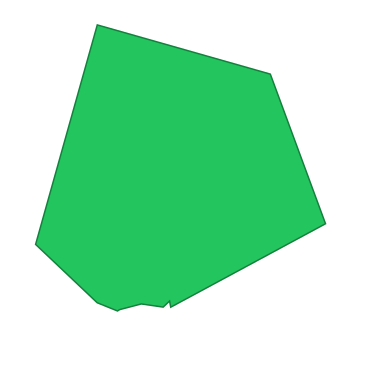 the district of Kendall, Texas, United States of America, rotated 16°
{"feature_id": "52423323B46155834246828", "entity_name": "Kendall", "entity_type": "district", "adm_level": 2, "iso_a3": "USA", "parent_name": "United States of America", "parent_adm1": "Texas", "projection": "robinson", "projection_center": [-98.722, 29.928], "detail": "fine", "context": "isolated", "style": "filled", "palette": "green", "viewbox_px": 384, "rotation_deg": 16, "n_neighbors": 0, "source": "geoboundaries", "source_scale": "gbopen_adm2", "svg_char_len": 309}
<svg xmlns="http://www.w3.org/2000/svg" viewBox="0 0 384 384"><g transform="rotate(16 192 192)"><path d="M56.1,285.5L131.4,324.6L153.2,326.9L154.9,325.0L174.1,313.6L196.0,310.6L200.5,303.0L203.3,308.6L329.1,185.7L234.8,57.1L54.9,57.5L56.1,285.5Z" fill="#22c55e" stroke="#15803d" stroke-width="1.5"/></g></svg>